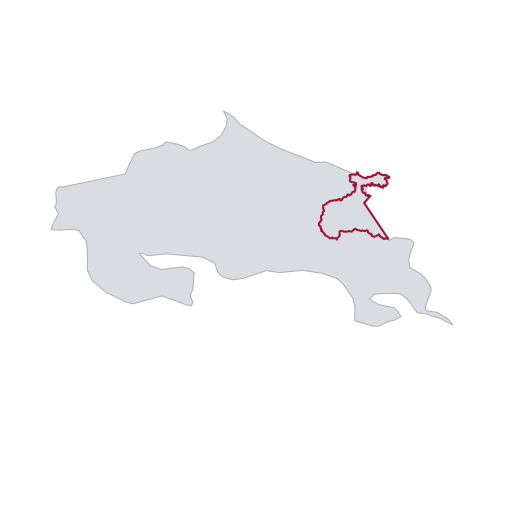 location of Talamanca, Limón, Costa Rica, rotated 326°
{"feature_id": "36466004B17277375937001", "entity_name": "Talamanca", "entity_type": "district", "adm_level": 2, "iso_a3": "CRI", "parent_name": "Costa Rica", "parent_adm1": "Limón", "projection": "natural_earth1", "projection_center": [-83.039, 9.422], "detail": "fine", "context": "in_parent", "style": "outline", "palette": "rose", "viewbox_px": 512, "rotation_deg": 326, "n_neighbors": 0, "source": "geoboundaries", "source_scale": "gbopen_adm2", "svg_char_len": 7674}
<svg xmlns="http://www.w3.org/2000/svg" viewBox="0 0 512 512"><g transform="rotate(326 256 256)"><path d="M409.6,261.8L409.1,263.7L407.5,265.8L405.2,267.9L402.2,269.4L394.9,265.0L387.7,260.1L383.8,262.4L382.3,268.8L379.6,272.0L376.3,273.3L374.9,275.5L374.6,297.0L374.9,317.2L380.3,317.7L389.4,324.7L393.3,328.8L394.5,332.7L393.4,334.6L386.7,339.0L380.3,344.6L377.0,351.5L382.7,362.8L383.9,370.5L383.7,378.5L382.2,382.3L369.6,391.5L366.8,394.7L367.2,397.1L374.1,403.4L377.4,409.6L380.2,417.0L380.5,423.4L374.2,411.5L365.5,400.1L358.0,393.1L357.4,376.7L354.4,367.9L343.0,359.7L333.2,354.0L326.0,355.1L330.4,364.5L341.9,376.6L342.6,381.2L342.4,387.4L334.6,386.5L327.6,383.9L319.1,383.1L313.5,379.4L301.6,365.0L310.1,352.8L312.7,344.7L312.5,328.0L310.5,319.9L301.3,307.5L286.7,294.0L266.2,282.9L256.5,274.0L232.5,267.2L223.4,262.7L216.3,254.2L215.2,248.2L217.8,238.9L211.1,227.1L182.6,203.9L166.6,195.3L163.2,190.3L160.6,188.8L163.1,204.8L170.0,214.4L188.3,223.5L193.3,228.7L195.3,235.5L184.7,248.6L179.3,251.9L177.7,259.1L174.2,261.2L170.6,257.1L155.8,236.6L127.2,226.8L122.0,220.8L111.4,202.1L106.5,185.0L108.3,173.6L120.1,155.8L123.8,148.1L123.1,143.3L123.5,136.3L119.1,131.4L108.2,125.1L101.3,119.9L103.2,117.4L115.7,110.5L116.5,104.3L116.4,102.3L118.5,101.8L120.3,100.2L121.4,98.5L124.8,92.5L127.8,89.1L131.2,88.6L135.4,91.1L151.1,97.5L168.5,104.7L193.4,114.8L203.7,108.3L212.6,103.3L218.8,104.0L232.1,109.8L240.2,111.7L245.1,111.1L253.6,119.6L258.3,126.0L259.1,130.2L261.7,132.5L268.3,133.0L284.6,137.4L294.6,136.5L303.6,131.9L308.6,126.5L310.2,117.8L312.5,122.1L315.1,128.8L316.3,137.4L328.0,166.3L337.4,182.5L357.9,211.9L366.7,217.3L381.7,240.9L386.9,244.8L389.8,251.8L405.3,257.5L409.6,261.8Z" fill="#d9dde1" stroke="#a8b0b8" stroke-width="1"/><path d="M371.7,313.5L371.9,313.3L372.1,313.3L373.2,314.0L373.8,313.9L374.0,314.1L374.4,315.0L374.7,315.5L375.0,315.5L375.3,315.3L375.3,272.4L384.1,270.3L383.8,270.0L383.9,269.6L383.6,269.1L383.6,268.6L383.4,268.6L383.1,268.8L382.7,268.8L382.6,268.5L382.8,268.2L382.7,268.0L381.9,268.1L381.7,268.0L381.4,267.7L381.1,267.1L381.2,266.5L381.1,266.1L381.6,265.4L381.4,264.9L381.5,264.3L381.3,264.1L380.8,264.2L380.6,264.1L380.0,262.8L380.1,262.2L380.6,261.6L380.7,259.8L381.1,259.8L381.8,260.2L382.1,260.2L382.2,259.9L382.0,259.7L382.0,259.0L382.3,258.2L382.1,257.9L382.1,257.6L382.4,257.2L382.7,257.0L383.2,257.0L383.6,257.3L383.8,257.7L384.2,257.9L384.6,257.9L385.2,257.8L385.4,258.0L385.5,258.4L386.0,259.2L386.6,259.6L387.2,259.5L387.6,259.2L388.0,259.1L388.5,259.1L388.8,259.2L389.7,260.5L389.6,261.6L389.7,261.9L390.2,262.0L390.4,261.8L390.5,261.6L390.5,260.7L390.7,260.4L391.2,260.5L391.6,261.5L391.8,261.8L392.3,261.5L392.5,260.8L392.8,260.2L393.1,260.4L393.2,260.6L393.2,261.1L393.0,261.5L392.8,261.8L392.7,262.0L393.6,262.8L393.4,263.6L393.4,263.8L393.6,264.0L393.9,264.0L394.4,263.6L394.6,263.7L394.8,264.0L395.0,264.6L395.7,264.8L396.0,265.1L396.1,265.3L396.2,266.1L396.3,266.2L396.7,266.0L397.2,265.3L397.8,265.2L398.0,265.8L398.0,266.4L397.8,266.6L397.1,266.8L397.1,267.2L397.6,267.8L397.7,268.3L398.2,268.4L398.4,268.5L398.5,269.2L399.2,269.2L399.8,269.5L399.7,270.2L400.4,269.8L400.8,268.9L401.0,268.6L401.3,268.7L401.5,268.8L401.5,269.7L401.9,270.4L402.2,270.5L402.8,270.5L403.2,270.4L403.7,269.9L404.0,269.8L404.4,270.0L405.1,270.0L405.8,269.2L406.0,268.6L405.9,268.2L405.9,267.8L406.5,266.5L406.5,265.8L406.4,265.3L405.8,264.3L405.8,264.0L406.3,263.6L407.5,263.6L408.3,264.0L408.9,264.5L409.1,265.2L409.4,265.5L410.2,265.7L410.4,265.6L410.7,265.2L410.7,264.7L410.5,264.3L410.2,264.0L409.8,263.5L409.6,263.2L409.6,262.2L408.4,261.2L407.7,260.9L406.7,260.2L405.7,259.2L405.5,258.6L404.7,257.5L404.6,256.7L404.7,256.0L404.5,255.7L403.8,255.3L403.5,255.1L402.7,255.2L402.0,254.9L401.6,255.0L401.0,255.6L400.6,255.7L400.0,255.5L399.3,255.2L398.7,254.5L398.6,254.4L398.2,254.6L397.6,254.6L397.5,255.0L397.2,255.0L396.8,254.8L396.1,254.7L395.3,254.2L394.8,254.4L393.7,253.6L393.5,253.1L392.7,252.7L392.2,252.9L391.8,253.2L391.7,253.3L391.3,253.2L390.6,252.9L389.7,252.1L388.8,250.9L388.4,250.5L387.7,248.9L386.7,247.1L386.5,246.1L386.5,245.5L387.0,244.7L387.1,243.9L387.1,243.6L386.8,243.3L386.5,243.1L386.3,243.1L386.2,243.3L386.0,243.9L385.7,244.3L384.9,244.7L384.4,244.5L384.2,244.1L383.3,243.9L382.6,243.2L381.7,242.5L381.4,242.1L381.1,241.9L380.4,241.9L379.5,241.6L379.1,241.3L378.9,241.5L378.5,241.6L378.3,242.0L378.1,242.3L378.3,242.4L378.5,243.3L378.2,243.9L377.3,244.7L376.7,244.9L376.3,245.8L375.9,246.2L375.8,246.5L376.3,247.7L377.3,248.8L377.8,249.2L378.0,249.5L378.4,249.7L378.7,250.1L378.9,250.7L379.4,251.3L379.6,251.9L379.4,252.4L378.8,252.8L378.4,253.4L378.2,253.0L377.8,252.7L377.4,252.1L377.0,251.7L376.9,251.7L376.7,251.9L376.4,251.7L376.3,252.1L376.3,252.6L376.5,253.4L376.4,254.5L376.6,255.0L376.5,255.4L375.5,256.2L374.8,257.1L374.4,257.3L374.0,257.5L373.9,257.9L373.1,257.7L372.3,256.9L372.1,256.9L371.0,257.3L370.5,257.3L370.1,257.8L369.2,258.2L368.8,258.1L368.2,257.9L368.0,258.1L367.6,258.1L367.3,257.8L366.9,257.1L366.7,256.4L366.0,256.4L365.6,256.8L365.2,256.8L364.9,257.2L364.7,257.3L364.4,257.3L364.0,257.6L363.8,257.6L363.4,257.1L362.8,256.9L362.5,256.5L361.3,256.3L360.7,256.4L359.6,257.0L359.2,257.0L358.7,257.5L357.9,257.5L357.6,257.3L357.1,257.2L357.0,256.4L357.3,255.7L356.9,255.1L356.5,255.0L356.2,255.3L354.6,255.1L354.3,254.8L353.8,254.8L353.5,254.3L352.7,254.1L352.2,253.6L351.6,253.3L350.8,253.0L350.2,253.0L349.9,252.7L349.4,252.4L348.9,252.1L347.6,252.0L347.6,251.8L346.8,252.0L345.3,251.9L344.5,251.5L344.1,252.0L343.7,252.0L343.4,252.2L343.1,252.2L342.3,252.0L341.7,252.0L341.5,251.9L341.2,252.0L340.5,251.6L340.2,251.5L339.2,252.4L338.9,253.0L338.7,253.9L338.3,254.1L338.1,254.6L337.9,255.3L337.9,255.6L338.0,255.9L337.9,256.5L337.5,256.8L335.9,257.0L335.6,257.3L335.5,257.7L335.0,258.4L334.7,259.0L333.1,259.0L332.6,259.1L332.2,259.3L331.8,259.9L331.4,260.5L331.3,261.0L331.1,261.3L330.9,261.8L330.3,262.2L330.3,262.9L330.1,263.1L328.4,263.5L327.7,263.5L327.5,263.8L326.8,264.0L326.1,264.4L325.9,264.9L325.8,265.4L325.4,266.0L325.6,267.0L326.0,267.3L326.1,267.6L325.7,268.1L325.4,268.7L325.4,269.1L324.9,269.9L325.0,270.6L325.1,271.0L325.1,271.4L325.0,271.5L324.2,271.7L324.9,273.4L324.9,274.0L325.1,274.8L325.1,275.3L324.9,275.7L324.9,276.1L325.1,276.4L325.1,276.9L324.9,277.2L324.9,277.8L325.1,278.1L325.6,278.4L326.1,279.8L326.7,280.9L326.8,281.5L327.2,282.7L327.7,283.1L328.5,283.2L329.1,283.9L329.3,284.0L329.6,283.8L329.7,284.3L330.1,284.4L330.6,284.6L330.9,285.0L331.2,285.5L331.7,285.7L332.0,286.1L332.4,287.0L332.4,287.3L332.8,287.0L333.1,286.9L333.7,286.5L335.6,286.3L336.9,285.9L337.2,285.4L337.4,285.0L337.7,284.1L338.4,283.4L338.8,282.6L340.0,282.5L340.4,282.6L340.7,282.9L341.2,283.2L341.8,284.0L342.3,284.4L342.7,285.3L343.0,285.5L343.8,285.6L344.2,286.2L346.0,287.1L346.6,287.2L347.2,287.4L347.4,287.6L347.7,288.2L348.5,289.0L349.0,289.2L349.4,289.2L351.1,288.9L351.9,289.0L352.3,288.9L352.8,288.6L353.2,288.9L353.4,288.9L353.8,289.5L354.1,290.5L354.5,291.0L354.8,291.2L355.2,291.8L355.7,292.2L356.1,292.7L356.9,293.5L357.2,294.1L358.4,294.3L358.6,294.5L358.8,294.9L359.1,295.0L359.4,295.4L359.7,295.5L360.0,296.0L360.2,296.3L360.7,296.5L361.7,296.4L362.1,296.6L362.6,297.1L362.6,297.4L362.8,297.6L362.7,298.1L362.1,298.8L362.1,299.1L362.3,299.8L362.4,300.6L362.8,300.9L363.9,302.1L364.0,302.9L363.9,303.0L363.5,303.2L363.2,303.6L363.5,304.6L363.8,305.0L364.3,305.5L364.7,306.1L365.2,306.4L366.5,306.4L366.8,306.6L367.5,306.6L368.5,307.0L369.7,306.8L369.8,307.2L370.1,307.3L369.9,307.9L370.0,309.1L369.9,309.7L370.0,310.0L370.5,310.4L370.5,311.1L371.1,311.5L371.1,312.0L371.4,313.3L371.7,313.5Z" fill="none" stroke="#9f1239" stroke-width="2"/></g></svg>